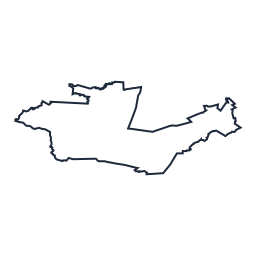 Lazdukalna pag., Rugaju, Latvia
{"feature_id": "27541924B17763592459662", "entity_name": "Lazdukalna pag.", "entity_type": "district", "adm_level": 2, "iso_a3": "LVA", "parent_name": "Latvia", "parent_adm1": "Rugaju", "projection": "equal_earth", "projection_center": [27.094, 56.926], "detail": "fine", "context": "isolated", "style": "outline", "palette": "slate", "viewbox_px": 256, "rotation_deg": 0, "n_neighbors": 0, "source": "geoboundaries", "source_scale": "gbopen_adm2", "svg_char_len": 5402}
<svg xmlns="http://www.w3.org/2000/svg" viewBox="0 0 256 256"><path d="M61.8,161.1L62.2,160.9L62.8,160.8L62.9,160.6L63.1,160.4L63.3,160.4L63.7,160.6L64.1,160.4L64.8,160.3L65.4,160.4L65.9,160.6L66.5,160.6L68.6,158.0L73.2,159.2L95.9,158.7L97.8,160.7L98.3,161.1L99.7,161.3L99.8,161.2L104.9,161.3L106.7,161.8L115.7,163.5L124.6,164.9L133.8,167.2L137.6,168.0L134.7,170.2L136.1,171.4L138.0,171.2L138.5,171.5L138.8,171.5L139.2,171.4L139.1,171.9L144.4,171.0L147.0,172.7L146.6,174.2L150.6,174.0L163.2,173.2L166.4,169.2L170.2,164.6L176.9,153.4L182.7,153.4L182.8,151.0L186.2,151.1L186.2,150.9L186.7,150.4L189.6,150.4L190.7,149.5L190.8,149.1L189.6,148.5L189.8,147.2L192.7,144.4L193.5,143.6L193.8,143.8L195.1,142.7L195.9,142.4L197.1,142.0L198.2,141.9L199.3,140.6L199.7,140.3L200.6,140.0L200.8,139.7L200.8,139.8L203.1,140.0L204.2,140.8L204.8,140.7L204.9,140.8L205.3,140.4L207.0,139.2L207.1,138.8L207.2,137.9L206.8,137.6L207.8,136.9L208.6,134.4L208.4,134.1L209.3,133.7L209.6,133.0L210.8,132.2L212.7,131.1L213.6,131.0L213.4,131.2L216.4,130.7L223.2,134.7L225.4,136.1L226.5,135.3L227.6,134.1L229.7,133.1L231.1,132.7L232.1,131.6L234.0,132.1L235.3,131.3L235.9,130.0L240.6,127.6L234.7,123.6L235.1,122.2L235.0,121.5L235.8,121.0L235.2,118.0L233.6,118.3L232.3,113.4L232.6,110.0L231.8,109.4L235.6,107.5L232.2,105.0L234.8,103.8L228.9,98.2L227.7,99.1L227.5,98.6L227.1,98.4L226.9,98.1L226.7,98.1L226.2,98.4L225.9,98.9L225.9,99.2L226.1,99.7L226.4,100.0L226.6,100.5L227.1,100.8L227.4,101.0L227.8,101.8L228.1,102.0L228.2,102.6L226.5,102.2L220.5,110.7L217.4,108.1L218.0,104.5L211.2,106.4L208.2,106.6L207.0,105.8L204.0,105.9L205.0,108.6L205.5,110.6L205.9,110.6L205.4,111.1L203.7,111.8L203.0,112.6L202.8,112.8L201.6,112.7L200.8,113.0L195.8,114.9L195.5,115.2L194.8,115.4L187.6,118.4L189.1,119.7L191.2,121.9L187.0,123.1L183.9,123.9L183.0,124.2L178.6,125.3L176.5,125.8L172.7,125.5L171.4,125.5L168.4,126.4L160.3,129.2L154.8,131.0L153.0,131.7L152.6,131.8L146.4,131.0L131.8,128.9L128.1,128.5L132.2,118.1L135.7,108.6L136.0,107.5L136.3,106.4L136.5,104.9L138.1,95.9L138.4,95.1L139.3,93.9L140.2,92.3L140.4,91.5L141.1,87.0L135.0,88.0L133.4,88.1L131.4,88.5L125.9,89.3L124.9,89.5L124.4,90.0L123.6,89.6L123.5,87.6L123.3,82.3L114.9,81.8L114.9,82.0L114.6,82.3L113.6,82.7L112.9,82.7L112.5,82.5L112.4,82.7L112.5,82.7L112.6,82.9L112.4,83.0L112.2,82.9L112.2,83.2L111.5,83.5L111.6,83.8L111.2,83.7L111.4,83.9L111.2,84.1L110.4,84.2L110.1,83.9L109.6,83.9L109.3,83.9L109.3,84.1L109.2,84.2L108.6,84.1L108.3,84.2L108.1,84.0L107.7,83.9L107.5,84.0L107.4,84.0L107.5,84.2L107.5,84.3L107.4,84.4L107.2,84.5L106.6,84.4L106.5,84.2L106.1,84.0L105.8,83.9L105.7,84.3L105.8,84.7L105.3,84.7L105.2,84.8L105.5,84.9L105.3,85.1L105.5,85.2L105.9,84.9L106.1,85.0L106.3,85.0L106.3,85.3L106.2,85.6L105.9,85.8L105.6,85.8L105.2,85.8L105.4,86.1L105.0,86.2L105.1,86.3L105.3,86.3L105.5,86.4L105.9,86.4L105.9,86.6L105.4,86.8L104.8,86.8L104.6,87.2L104.4,87.0L104.2,87.1L104.6,87.5L103.9,88.1L103.4,88.2L103.3,88.4L103.2,88.4L102.8,88.3L102.8,88.0L102.6,88.0L102.5,88.5L102.9,88.6L102.9,88.8L102.2,88.8L101.9,88.5L101.2,88.4L101.1,88.5L101.3,88.7L101.6,88.9L101.2,89.3L100.6,89.3L100.5,89.5L99.9,89.4L99.8,89.2L99.7,88.8L99.5,88.7L99.0,88.6L98.6,88.5L98.5,88.3L98.8,88.1L98.7,88.0L97.7,87.9L97.3,87.9L97.2,88.3L96.3,88.3L96.1,88.3L95.8,88.3L95.3,87.5L95.5,87.3L95.8,87.5L96.0,87.5L96.0,87.4L95.6,87.1L94.8,87.1L94.3,87.3L93.4,87.4L93.1,87.6L92.1,87.7L91.1,88.5L90.7,88.6L90.2,88.6L81.4,86.1L77.6,85.0L77.4,85.1L76.8,85.7L76.4,85.9L73.9,86.1L73.5,86.0L73.2,85.8L72.6,84.7L72.2,84.4L70.2,84.2L69.5,84.2L69.5,84.3L69.3,85.8L70.1,86.1L70.9,86.5L73.3,88.4L72.6,94.2L75.2,93.0L75.7,93.1L75.6,93.5L80.0,94.1L79.7,95.3L80.8,95.4L82.1,94.8L83.6,94.8L84.0,95.5L84.3,95.7L84.1,96.0L84.4,96.4L89.2,96.9L88.9,97.5L87.3,98.5L87.0,98.8L88.6,100.5L87.4,101.9L87.8,102.3L88.4,103.6L88.6,103.7L49.6,101.7L50.0,101.9L50.2,102.1L51.3,102.6L49.4,104.5L48.9,104.7L42.6,101.2L42.4,102.2L42.6,102.2L42.2,102.7L41.5,103.1L41.6,104.7L41.7,105.1L41.5,105.4L39.0,106.0L38.5,106.3L38.3,106.4L38.2,106.6L38.2,107.3L35.1,107.9L35.3,108.0L34.8,108.4L34.5,108.8L34.3,109.0L33.4,109.4L32.6,109.2L32.0,108.7L32.1,108.4L31.4,108.3L31.7,107.8L31.2,107.8L28.3,110.8L26.4,111.4L25.5,111.3L24.3,110.7L23.3,110.5L23.2,111.0L22.6,112.5L21.6,113.6L19.5,115.5L19.2,115.9L19.0,116.2L19.3,117.0L19.3,117.3L19.2,117.6L18.7,118.2L18.5,118.9L18.3,119.2L18.1,119.4L17.8,119.4L16.4,119.1L15.8,119.2L15.4,119.4L15.4,119.5L15.5,120.4L15.4,120.9L16.1,121.0L18.5,121.9L20.2,122.2L22.3,122.5L22.9,122.7L23.5,123.0L25.7,125.2L26.3,125.6L27.0,125.9L28.9,125.9L29.6,126.0L30.0,126.1L31.2,126.8L32.4,128.0L33.9,128.9L34.6,128.9L35.2,128.9L36.1,128.5L37.4,128.3L37.8,128.2L38.4,127.9L39.0,127.8L41.6,128.7L42.7,129.0L44.2,129.1L45.0,129.3L45.7,129.6L46.4,130.0L48.3,131.0L50.0,131.9L50.1,132.3L50.0,134.3L50.1,135.4L50.2,136.0L50.7,136.9L51.0,137.8L51.0,138.3L50.7,139.7L50.7,140.4L50.8,140.9L51.2,141.5L51.3,141.8L51.5,142.6L51.5,143.0L51.5,144.6L51.4,144.8L51.1,145.3L50.3,146.3L50.2,146.7L50.8,147.0L51.7,147.1L51.9,147.1L52.2,147.3L52.4,147.6L52.3,147.9L52.0,148.8L52.1,149.1L52.3,149.3L52.6,149.6L53.3,150.1L53.5,150.3L53.5,150.5L53.3,150.9L52.7,151.4L51.4,152.2L51.3,152.4L51.2,152.7L51.3,152.9L51.7,153.4L52.7,153.8L52.9,154.0L53.1,154.6L53.4,155.1L53.7,155.2L54.5,155.3L54.8,155.5L54.9,156.2L54.9,157.0L54.9,157.3L55.5,158.2L56.5,159.2L57.4,159.7L58.1,159.9L61.2,160.6L61.6,160.8L61.8,161.1Z" fill="none" stroke="#1e293b" stroke-width="2"/></svg>